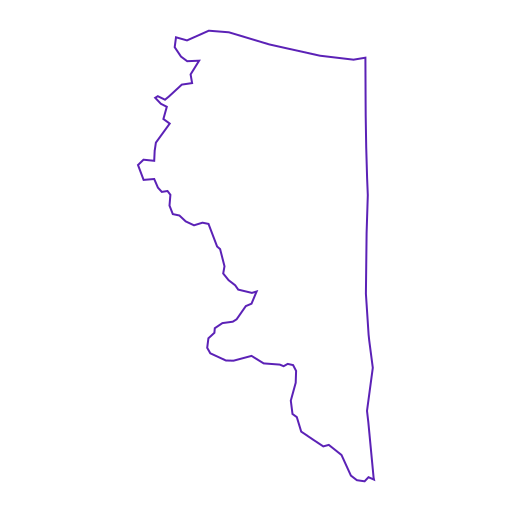 the district of Quebradillas, Puerto Rico
{"feature_id": "32010507B1223039681342", "entity_name": "Quebradillas", "entity_type": "district", "adm_level": 2, "iso_a3": "PRI", "parent_name": "Puerto Rico", "parent_adm1": "", "projection": "albers", "projection_center": [-66.935, 18.429], "detail": "fine", "context": "isolated", "style": "outline", "palette": "violet", "viewbox_px": 512, "rotation_deg": 0, "n_neighbors": 0, "source": "geoboundaries", "source_scale": "gbopen_adm2", "svg_char_len": 1328}
<svg xmlns="http://www.w3.org/2000/svg" viewBox="0 0 512 512"><path d="M374.0,479.6L373.6,477.7L368.3,422.0L367.0,410.9L372.8,367.8L369.2,340.3L368.6,334.7L365.9,293.7L366.6,232.9L367.8,195.2L367.1,178.0L366.2,146.9L365.7,116.0L365.6,101.5L365.4,57.7L354.0,59.6L353.7,59.7L319.9,55.7L289.8,49.0L288.4,48.7L269.2,44.4L228.9,32.3L208.8,30.7L194.2,37.2L187.0,40.4L176.0,37.3L174.7,47.2L181.0,56.6L187.2,61.2L199.1,60.7L190.6,74.4L192.1,83.1L181.8,84.6L168.8,96.6L165.0,99.7L157.8,96.2L155.2,97.8L160.9,103.8L166.8,106.8L163.4,119.0L169.7,123.6L155.9,142.6L154.8,150.0L154.7,150.3L154.2,160.8L143.5,159.7L138.0,165.0L143.6,179.9L154.2,179.0L157.9,187.6L161.8,191.9L167.5,191.0L170.4,194.8L169.5,205.6L172.8,214.1L179.4,215.5L185.7,221.4L194.0,225.3L202.5,222.7L208.5,223.9L217.1,246.5L220.1,249.1L224.5,266.3L223.2,273.5L228.6,280.2L235.2,285.3L238.2,289.6L251.9,292.9L256.6,291.5L251.5,303.7L245.8,306.1L236.6,319.3L232.8,321.7L222.4,323.1L214.8,328.2L214.4,332.8L208.4,338.3L207.2,347.8L210.3,353.3L225.9,360.5L233.5,360.7L251.5,355.9L263.7,363.4L279.8,364.6L283.6,366.2L287.7,363.9L293.1,365.1L296.1,370.9L295.7,382.8L290.8,400.6L292.5,414.0L296.8,417.1L301.2,431.6L313.6,440.0L323.3,446.4L328.8,444.9L341.5,455.0L350.9,475.6L356.9,480.2L364.6,481.3L368.5,477.2L374.0,479.6Z" fill="none" stroke="#5b21b6" stroke-width="2"/></svg>